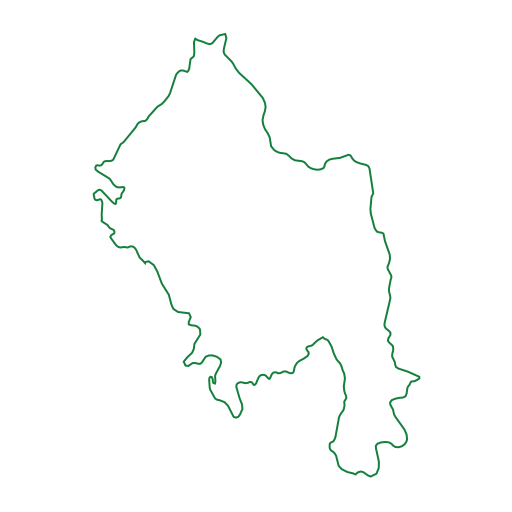 the border of Osh, rotated 269°
{"feature_id": "KGZ-1122", "entity_name": "Osh", "entity_type": "Region", "adm_level": 1, "iso_a3": "KGZ", "parent_name": "Kyrgyzstan", "parent_adm1": "", "projection": "natural_earth1", "projection_center": [73.025, 40.164], "detail": "fine", "context": "isolated", "style": "outline", "palette": "green", "viewbox_px": 512, "rotation_deg": 269, "n_neighbors": 0, "source": "natural_earth", "source_scale": "10m", "svg_char_len": 5913}
<svg xmlns="http://www.w3.org/2000/svg" viewBox="0 0 512 512"><g transform="rotate(269 256 256)"><path d="M474.4,199.1L472.8,201.4L472.3,203.1L472.1,203.7L471.1,206.7L469.5,210.2L468.6,213.5L469.5,216.0L475.8,221.5L477.4,223.7L478.5,229.1L474.4,230.2L463.3,227.4L460.4,227.2L457.9,228.3L451.1,234.8L448.9,236.4L443.8,239.0L439.5,242.2L427.8,254.5L413.8,265.6L409.0,267.6L405.0,268.2L400.9,267.5L396.4,265.9L391.8,264.9L387.1,265.5L382.5,267.3L378.3,270.0L374.2,271.8L365.5,273.0L361.9,275.8L360.6,277.5L359.5,279.5L358.7,281.7L358.4,284.1L357.7,288.0L355.5,290.8L352.9,293.3L351.0,296.6L350.0,303.5L349.3,305.4L348.3,306.7L344.5,309.8L342.9,312.2L341.8,315.2L341.2,318.4L341.4,321.6L342.6,324.9L344.4,326.0L346.7,326.5L349.2,328.1L351.1,331.0L351.9,334.4L352.6,341.5L355.6,350.4L354.9,352.2L352.0,353.9L349.8,355.6L348.2,358.0L346.7,361.8L345.2,367.5L343.9,369.8L341.6,371.0L316.7,374.3L313.0,372.5L300.8,371.2L296.1,371.6L281.7,375.1L278.4,377.2L277.4,379.8L277.1,382.1L276.2,383.8L268.7,385.2L255.2,389.7L251.0,390.0L246.4,388.8L244.0,387.7L242.4,387.2L240.7,387.5L234.2,390.8L232.3,391.0L229.9,390.2L221.7,388.5L218.9,388.3L213.2,389.5L211.2,389.6L186.7,383.4L184.5,383.2L182.2,383.9L180.9,385.1L178.3,388.1L176.8,389.1L174.7,389.0L171.3,386.9L169.3,386.4L167.9,387.0L163.7,391.2L161.6,391.6L159.3,391.5L155.0,390.4L152.7,390.5L147.7,392.9L144.8,393.3L142.5,394.1L140.9,396.6L137.8,405.6L132.4,417.1L130.8,417.2L129.5,415.3L128.2,412.6L127.9,411.0L127.9,409.7L127.5,408.7L124.7,407.3L122.7,405.7L121.6,405.1L115.9,404.2L113.1,403.0L111.9,400.5L111.7,397.0L110.9,392.8L109.5,389.2L107.2,387.5L104.8,387.8L100.1,390.3L95.2,391.3L93.0,392.4L79.9,401.4L75.0,403.4L70.2,403.9L67.6,403.1L65.2,401.3L63.3,398.7L62.3,395.4L62.6,392.0L64.0,389.9L65.8,388.2L67.3,385.7L67.8,382.4L67.5,378.1L66.3,374.3L64.2,372.5L61.6,372.6L48.1,375.3L41.7,375.0L36.2,372.6L33.5,366.8L34.6,364.2L38.0,359.5L38.7,357.0L38.0,354.3L36.1,351.8L35.9,351.7L37.1,348.9L38.2,344.3L38.6,343.2L41.5,337.8L44.7,335.0L54.9,332.6L57.3,331.2L58.9,329.7L60.2,327.7L61.3,326.9L63.0,326.3L65.3,326.3L67.2,326.6L68.1,327.4L69.0,329.6L70.0,330.6L71.8,331.6L73.8,332.3L93.3,336.2L95.3,337.1L96.1,337.7L97.2,338.3L100.0,340.5L101.8,341.2L104.6,341.8L106.6,341.9L108.5,341.6L109.5,342.1L112.1,343.7L113.5,343.8L114.8,343.5L117.7,342.4L119.8,341.9L124.0,341.5L132.2,342.8L136.9,342.1L139.9,340.8L144.1,339.6L146.1,338.7L147.6,337.8L151.1,334.8L157.4,332.0L164.0,330.0L168.6,327.6L169.8,326.9L170.6,326.2L171.1,325.4L171.8,323.5L173.6,321.4L170.6,316.1L167.7,312.7L166.0,311.1L165.3,309.5L164.5,306.0L163.6,305.0L162.3,304.7L161.0,305.3L158.7,306.9L157.3,307.0L155.2,305.9L152.4,301.7L150.4,297.7L149.0,295.8L147.6,294.6L145.4,293.2L143.6,292.5L140.2,291.8L138.8,291.1L138.3,290.2L138.2,289.0L138.4,287.7L139.0,286.0L139.8,284.6L140.1,283.1L140.0,281.4L138.7,278.8L138.4,277.2L138.4,275.8L139.1,274.8L139.4,273.7L139.3,271.9L138.6,270.7L137.3,269.6L133.1,267.7L132.9,266.9L133.4,266.2L136.2,263.7L137.1,261.9L136.9,259.3L136.0,257.6L134.1,256.2L128.7,253.9L127.4,252.8L127.1,251.8L127.7,251.0L129.0,250.3L129.9,249.3L130.2,247.7L129.4,245.9L129.1,244.5L129.1,242.8L129.9,239.7L130.1,238.1L129.1,235.5L127.8,234.4L125.7,234.0L114.1,237.1L107.7,239.5L103.0,239.7L102.9,239.7L101.9,239.1L98.1,237.4L95.7,235.7L94.7,233.2L95.5,230.9L106.9,225.3L110.4,222.0L112.3,217.4L113.1,214.3L114.3,212.6L123.1,207.9L125.3,207.4L131.4,207.1L132.4,207.0L134.8,207.3L136.0,208.2L135.5,209.9L133.6,210.5L131.3,210.7L129.8,211.2L129.2,212.7L130.8,213.2L136.8,213.0L138.7,213.6L146.5,218.0L150.1,219.3L153.2,218.7L155.9,215.2L157.3,211.0L157.4,207.1L156.6,205.2L156.0,203.8L150.3,199.9L149.2,198.4L149.2,196.5L150.0,193.8L150.1,190.9L147.2,186.3L147.7,183.6L151.6,181.9L156.0,185.6L160.3,190.4L164.1,192.2L169.2,192.9L178.5,199.0L183.7,198.7L185.7,197.1L187.0,195.1L187.6,192.7L187.8,190.3L188.8,187.6L191.2,187.6L196.0,189.7L199.9,188.0L201.4,177.0L204.6,172.4L209.2,170.5L218.7,168.2L230.0,161.4L242.3,157.0L248.6,153.7L252.6,148.6L251.9,145.3L250.8,145.0L253.1,143.0L256.7,139.5L264.4,136.2L266.2,134.9L267.3,133.6L267.7,132.6L267.8,131.6L267.8,130.7L267.5,129.6L267.1,128.7L266.8,127.8L266.8,127.0L267.2,125.1L267.3,124.1L267.0,121.7L266.9,120.3L267.5,118.5L268.4,117.2L269.6,116.0L276.5,111.2L277.3,110.8L278.0,110.8L278.7,111.2L279.4,111.8L280.0,112.7L280.8,114.2L281.1,114.6L281.6,114.8L282.5,114.9L283.4,114.7L284.5,114.2L285.7,111.8L286.6,110.3L287.6,109.4L289.2,108.4L290.1,107.3L292.6,103.5L293.3,102.6L293.8,102.2L294.7,102.4L295.3,102.6L299.7,102.4L310.9,103.3L312.3,103.2L314.2,102.6L314.9,102.2L315.4,101.5L315.4,101.0L315.3,100.2L314.9,99.6L314.7,98.7L314.5,97.8L315.0,96.4L315.5,95.9L316.4,95.5L320.3,94.8L321.0,94.9L321.5,95.3L322.5,96.7L324.2,98.8L324.6,99.3L324.8,99.9L325.0,100.7L324.7,101.6L324.1,102.7L313.0,112.8L311.4,114.5L310.8,115.4L310.5,116.1L310.7,116.7L311.3,117.0L314.7,117.3L315.3,117.6L315.6,118.3L315.8,119.1L315.9,120.1L316.1,121.1L316.6,121.7L317.5,122.2L319.8,122.5L320.7,122.8L321.4,123.2L323.0,124.5L324.0,125.1L325.8,125.6L326.6,125.5L327.1,125.1L327.2,124.4L327.2,123.6L327.0,121.3L327.0,120.1L327.2,118.8L327.6,117.5L328.8,116.1L330.3,114.6L335.3,111.4L336.1,110.6L343.1,99.6L345.2,97.2L347.3,96.9L348.7,97.5L349.3,98.0L349.5,98.9L349.1,101.1L349.3,102.6L350.1,103.6L352.9,105.6L353.4,106.7L353.6,108.3L353.4,110.5L353.7,112.9L354.3,114.2L354.9,115.0L370.0,122.5L371.8,125.0L372.3,125.7L386.7,137.9L390.1,139.9L391.0,140.8L391.7,141.8L392.5,143.6L392.8,144.9L392.9,147.0L393.1,147.8L393.8,148.6L395.2,149.9L397.4,151.1L402.3,155.7L406.6,159.7L407.6,161.0L408.8,163.1L409.7,164.5L412.0,166.9L417.3,171.3L420.1,172.8L438.4,179.2L439.8,180.1L441.5,181.8L442.3,182.9L442.7,183.9L442.8,184.8L442.8,185.7L442.6,186.7L442.3,187.6L441.9,188.6L441.3,190.5L442.3,191.5L444.2,192.4L454.0,194.0L454.9,195.0L456.1,196.6L456.7,197.2L458.3,197.6L460.7,197.9L470.9,197.7L474.3,199.0L474.4,199.1Z" fill="none" stroke="#15803d" stroke-width="2"/></g></svg>